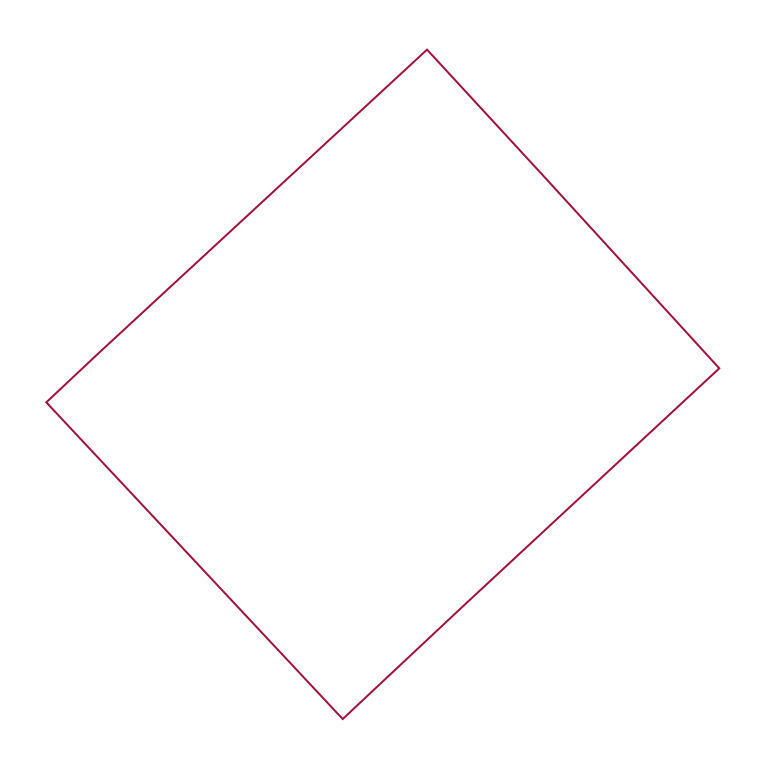 outline of Thomas, Kansas, United States of America, rotated 137°
{"feature_id": "52423323B39494503995541", "entity_name": "Thomas", "entity_type": "district", "adm_level": 2, "iso_a3": "USA", "parent_name": "United States of America", "parent_adm1": "Kansas", "projection": "albers", "projection_center": [-101.056, 39.351], "detail": "fine", "context": "isolated", "style": "outline", "palette": "rose", "viewbox_px": 768, "rotation_deg": 137, "n_neighbors": 0, "source": "geoboundaries", "source_scale": "gbopen_adm2", "svg_char_len": 274}
<svg xmlns="http://www.w3.org/2000/svg" viewBox="0 0 768 768"><g transform="rotate(137 384 384)"><path d="M124.5,599.2L573.4,601.2L643.5,600.9L642.7,167.1L626.8,167.2L471.4,167.6L128.1,166.8L125.5,425.8L124.5,599.2Z" fill="none" stroke="#9f1239" stroke-width="2"/></g></svg>